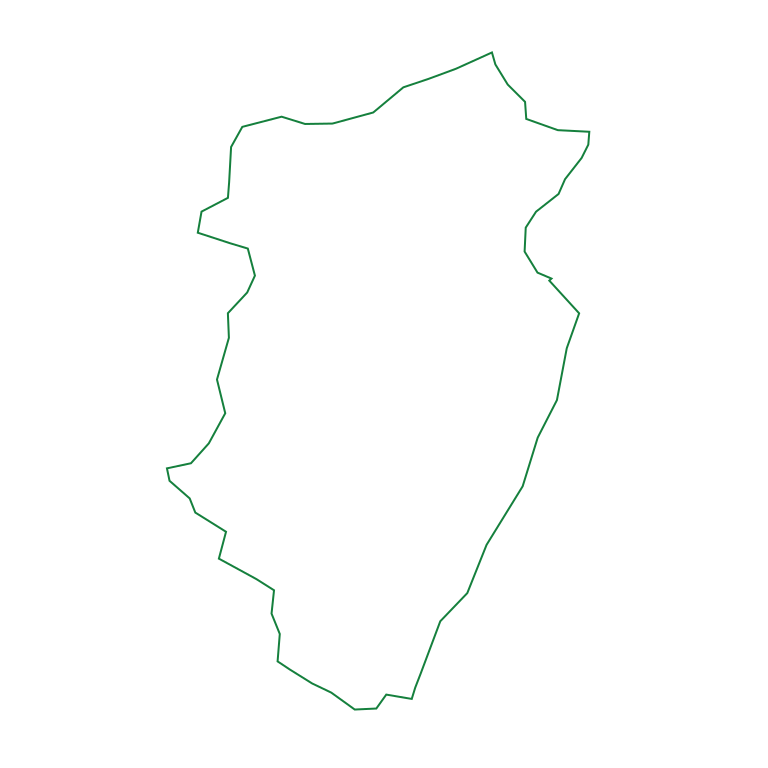 the district of Choletria, Paphos, Cyprus, rotated 176°
{"feature_id": "46923920B91587907409429", "entity_name": "Choletria", "entity_type": "district", "adm_level": 2, "iso_a3": "CYP", "parent_name": "Cyprus", "parent_adm1": "Paphos", "projection": "mercator", "projection_center": [32.592, 34.769], "detail": "fine", "context": "isolated", "style": "outline", "palette": "green", "viewbox_px": 768, "rotation_deg": 176, "n_neighbors": 0, "source": "geoboundaries", "source_scale": "gbopen_adm2", "svg_char_len": 998}
<svg xmlns="http://www.w3.org/2000/svg" viewBox="0 0 768 768"><g transform="rotate(176 384 384)"><path d="M209.6,477.5L223.1,484.4L234.5,506.3L231.7,530.1L220.3,545.3L196.6,561.4L189.1,575.7L171.1,595.7L163.5,608.5L161.6,621.3L192.9,625.1L223.6,638.5L223.6,655.6L239.7,674.1L250.6,695.0L253.2,707.2L290.1,693.5L318.2,685.3L344.0,678.6L375.8,655.6L417.2,647.4L444.6,648.9L467.5,657.8L507.4,650.4L520.0,631.1L524.4,596.2L526.7,580.6L554.0,568.7L554.7,565.9L559.2,547.9L528.1,535.3L510.4,528.6L505.2,501.1L514.1,484.8L534.8,465.5L535.5,440.9L550.3,400.1L544.4,365.9L562.9,337.0L582.1,318.4L606.4,315.0L604.7,302.4L585.8,283.4L581.2,268.9L551.9,247.6L560.9,221.3L524.8,198.2L508.1,185.9L512.2,162.8L505.4,141.9L509.5,114.7L497.8,105.7L476.6,90.3L458.1,79.8L435.9,61.3L414.3,60.8L403.4,74.0L378.3,67.9L374.0,79.0L367.7,92.4L344.4,143.4L315.5,169.6L292.9,216.4L252.8,272.3L234.4,319.8L212.6,355.9L199.2,406.9L184.4,440.9L211.9,475.6L209.6,477.5Z" fill="none" stroke="#15803d" stroke-width="2"/></g></svg>